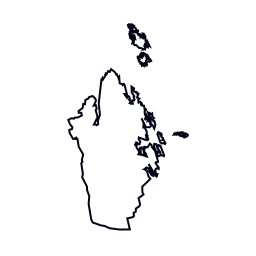 Bjugn nor, Sør-Trøndelag, Norway, rotated 103°
{"feature_id": "86288312B97318118947912", "entity_name": "Bjugn nor", "entity_type": "district", "adm_level": 2, "iso_a3": "NOR", "parent_name": "Norway", "parent_adm1": "Sør-Trøndelag", "projection": "orthographic", "projection_center": [9.771, 63.825], "detail": "fine", "context": "isolated", "style": "outline", "palette": "ink", "viewbox_px": 256, "rotation_deg": 103, "n_neighbors": 0, "source": "geoboundaries", "source_scale": "gbopen_adm2", "svg_char_len": 5850}
<svg xmlns="http://www.w3.org/2000/svg" viewBox="0 0 256 256"><g transform="rotate(103 128 128)"><path d="M133.5,188.0L137.6,185.2L139.6,182.4L141.6,182.3L143.0,184.8L145.9,183.8L150.9,179.2L150.5,176.8L150.2,177.6L149.0,176.4L150.1,174.8L157.5,171.7L163.9,165.7L169.7,165.8L171.2,164.7L172.9,165.6L182.9,161.6L186.3,161.6L194.2,154.9L197.9,153.8L203.1,150.4L210.8,149.3L225.3,143.3L228.0,141.1L229.0,132.4L228.7,128.9L229.8,123.4L228.8,113.2L226.4,103.4L216.2,108.4L213.8,103.3L212.4,102.4L209.5,103.5L207.7,101.6L204.8,102.2L201.7,99.4L199.8,99.0L193.9,101.9L189.3,97.9L187.4,99.5L182.0,100.9L172.5,94.8L170.6,97.1L165.4,100.0L164.9,101.7L163.6,101.3L164.0,102.5L162.2,101.0L163.0,99.0L162.7,98.3L165.4,97.6L168.6,94.4L169.0,92.7L166.7,93.2L165.0,95.8L163.6,96.0L162.6,98.2L161.1,97.9L158.4,99.7L168.3,90.5L168.8,89.2L166.3,88.9L166.4,90.6L164.2,91.4L164.8,91.7L164.5,92.3L161.5,91.7L160.7,90.8L161.0,88.9L159.6,89.2L156.0,93.3L155.0,93.2L154.5,91.2L153.8,91.2L144.9,96.1L144.1,95.7L145.2,94.4L144.7,93.1L141.6,93.8L144.2,91.3L145.0,93.1L146.1,93.4L145.4,95.2L149.1,92.6L147.5,90.4L146.2,90.5L147.0,89.0L147.3,86.6L146.5,86.7L137.9,92.5L137.8,93.7L138.4,93.7L138.0,94.7L140.1,95.4L137.4,97.0L137.6,98.8L140.3,98.6L143.1,96.4L144.3,96.2L144.4,96.4L141.0,100.5L139.2,101.3L138.3,103.2L142.3,104.5L142.4,106.0L143.3,106.4L142.5,107.5L142.8,108.1L145.5,107.3L144.5,109.7L145.1,110.6L144.0,110.5L144.3,111.6L147.0,110.7L145.3,112.7L148.8,111.3L150.9,108.8L150.3,105.9L147.4,107.4L148.8,105.0L151.6,103.2L151.1,107.4L151.3,112.0L148.8,111.5L145.0,115.4L143.0,115.7L143.2,117.1L142.5,117.3L140.2,116.9L140.2,116.0L141.7,115.7L140.9,114.8L141.5,113.8L141.1,113.1L138.3,113.0L136.5,115.1L134.8,115.3L135.7,108.0L135.2,107.6L135.4,106.1L134.3,105.8L132.9,106.7L133.5,107.6L133.0,108.1L131.5,107.3L131.5,108.6L130.8,109.0L129.8,108.2L127.1,109.1L123.7,111.9L124.1,113.2L119.8,113.8L115.5,117.0L123.1,110.8L122.4,107.0L120.7,106.0L115.6,109.5L116.7,110.6L113.6,110.9L111.6,112.6L114.2,112.2L115.7,112.9L115.4,113.4L112.6,113.0L111.3,114.5L108.4,115.5L105.8,114.6L105.3,115.8L105.7,116.2L102.7,117.4L102.9,118.8L101.8,119.6L102.8,119.8L102.5,120.6L100.4,121.0L99.7,122.2L100.9,123.4L98.4,124.4L96.9,123.5L96.2,126.1L92.2,125.4L92.0,126.2L93.0,126.4L91.4,127.8L92.2,128.8L91.0,128.3L91.2,130.2L89.8,131.2L88.0,131.0L86.9,133.9L92.6,132.3L95.6,129.0L96.5,129.6L98.8,128.0L99.7,128.3L100.2,130.1L103.2,128.7L103.7,130.5L103.3,130.7L103.4,131.9L101.8,131.5L100.0,133.5L99.3,132.7L97.1,133.9L96.9,134.9L97.7,135.3L96.3,135.7L98.6,136.0L95.7,139.1L95.2,136.7L86.8,141.0L86.3,141.5L86.9,142.2L86.4,142.6L87.3,143.0L86.6,143.7L86.3,146.2L80.4,148.0L81.7,148.4L79.5,149.8L78.6,151.7L78.8,150.9L78.1,151.0L78.3,151.6L76.4,153.5L74.5,157.7L78.2,158.5L77.2,158.7L76.9,160.1L80.4,161.0L80.1,161.7L81.9,161.2L80.5,162.5L82.1,161.9L85.9,163.1L85.0,164.0L87.0,164.0L86.8,164.8L110.9,162.0L121.4,158.3L128.1,159.0L130.9,157.9L132.3,159.2L131.9,160.1L132.3,162.0L124.2,160.1L118.0,163.5L116.0,162.9L112.9,164.6L113.9,166.4L108.5,165.3L106.3,166.9L104.8,169.7L106.7,172.9L108.3,173.3L110.2,175.8L114.5,175.3L114.6,177.0L118.7,176.7L122.6,180.0L124.3,179.4L123.7,176.9L126.2,175.8L128.7,178.8L130.1,182.4L131.1,182.9L131.2,185.2L133.5,188.0ZM43.2,125.5L39.1,128.8L40.8,130.0L38.9,129.7L39.3,130.5L34.9,131.7L32.6,133.9L32.6,134.7L36.0,132.1L35.7,133.1L37.2,133.5L36.4,135.4L36.0,135.0L36.4,133.7L34.2,135.0L34.1,136.5L35.6,136.7L34.6,137.1L35.3,137.5L35.1,138.4L34.0,138.2L33.8,139.0L34.5,139.3L33.1,140.6L33.1,143.6L34.0,144.5L32.8,147.3L34.1,148.0L37.2,144.5L38.1,144.7L36.3,146.3L36.8,146.7L36.0,147.1L36.2,147.8L40.1,145.9L40.1,145.0L38.2,144.7L40.0,144.0L39.1,142.6L35.7,144.4L36.7,143.4L36.3,142.6L39.6,141.0L39.3,142.7L41.1,143.7L41.5,142.7L43.6,142.8L42.1,141.7L44.7,141.7L45.9,140.1L45.3,138.7L47.4,135.3L47.2,132.7L47.7,130.8L47.3,130.2L47.7,130.4L47.1,129.5L47.4,129.1L45.1,128.7L45.4,129.5L44.3,129.5L44.3,130.6L42.3,130.4L41.8,128.8L43.2,128.6L44.7,126.6L42.9,126.3L43.2,125.5ZM57.5,120.5L55.9,122.0L56.8,126.2L55.0,123.4L53.9,124.3L54.4,124.4L54.3,126.6L52.4,126.2L52.5,127.7L51.4,128.5L51.8,128.4L51.5,129.3L53.8,129.0L56.1,130.1L51.8,130.2L51.8,131.7L54.0,130.9L53.6,131.8L54.0,132.2L52.5,132.3L55.1,133.0L55.5,130.7L56.5,130.3L56.4,134.6L57.2,134.5L58.9,132.0L59.4,132.4L59.0,133.2L60.8,132.2L61.0,129.7L61.8,128.5L62.2,129.2L61.4,130.9L62.6,130.4L63.4,127.4L63.8,127.8L63.3,128.9L64.3,128.4L63.4,127.3L64.2,126.0L62.9,125.2L63.2,124.9L63.0,124.0L61.6,124.7L62.6,125.2L61.6,125.7L61.6,127.0L60.8,126.6L60.8,125.2L59.8,125.3L60.2,124.6L58.8,125.3L58.8,123.5L58.2,122.8L58.6,121.9L57.5,120.5ZM122.7,102.3L118.7,102.0L115.3,103.9L115.8,104.7L113.8,105.9L112.5,104.9L111.6,106.6L108.4,107.8L109.3,108.6L108.8,109.7L110.5,109.7L108.8,110.7L108.3,112.0L112.6,109.3L112.5,108.2L113.1,107.8L114.4,107.7L113.6,109.1L114.8,109.0L114.6,107.7L118.8,106.9L119.7,104.6L122.7,102.3ZM134.9,88.3L134.3,88.1L131.6,90.6L132.0,91.9L130.0,91.6L129.0,93.6L127.5,93.6L127.9,94.7L126.1,94.5L126.5,95.8L125.5,96.0L125.3,97.7L127.3,98.0L134.9,93.1L135.5,91.4L134.8,90.3L135.1,88.9L134.1,89.0L134.9,88.3ZM122.7,68.4L121.5,68.0L120.4,69.5L120.4,70.4L121.7,70.6L120.6,71.2L120.0,73.6L121.1,73.9L120.2,75.1L121.0,75.7L120.6,77.1L121.0,76.5L121.2,76.9L120.8,77.7L122.5,76.0L121.2,78.6L122.2,79.5L121.1,79.9L122.8,80.0L122.4,80.4L123.2,81.0L122.9,81.6L123.9,81.9L123.3,80.9L123.9,80.7L123.2,79.6L123.4,79.0L122.6,78.7L123.9,75.4L123.9,74.5L123.1,75.0L123.8,72.7L122.4,72.4L122.4,71.6L124.5,70.9L122.7,68.4ZM32.2,140.1L30.9,140.0L30.3,142.1L28.8,143.2L28.7,144.8L27.4,144.3L27.9,144.7L27.2,144.9L27.8,146.2L26.7,146.3L26.9,147.4L26.2,147.5L26.6,149.2L27.6,147.6L27.5,149.1L29.5,149.2L27.0,150.6L27.7,151.3L29.9,149.9L30.2,149.1L29.0,147.7L29.4,145.8L30.1,146.5L30.1,148.4L30.9,148.1L32.1,143.6L31.4,141.7L32.2,141.3L31.7,140.7L32.2,140.1Z" fill="none" stroke="#020617" stroke-width="2"/></g></svg>